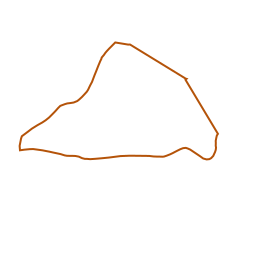 Grande Riviere/Morne Elwin, Gros Islet, Saint Lucia, rotated 30°
{"feature_id": "8701671B886545295565", "entity_name": "Grande Riviere/Morne Elwin", "entity_type": "district", "adm_level": 2, "iso_a3": "LCA", "parent_name": "Saint Lucia", "parent_adm1": "Gros Islet", "projection": "equal_earth", "projection_center": [-60.956, 14.029], "detail": "fine", "context": "isolated", "style": "outline", "palette": "amber", "viewbox_px": 256, "rotation_deg": 30, "n_neighbors": 0, "source": "geoboundaries", "source_scale": "gbopen_adm2", "svg_char_len": 1365}
<svg xmlns="http://www.w3.org/2000/svg" viewBox="0 0 256 256"><g transform="rotate(30 128 128)"><path d="M154.1,56.2L153.3,56.4L88.0,54.7L86.4,55.7L74.2,60.3L72.0,68.6L71.2,72.1L70.8,74.3L70.6,76.9L70.0,80.1L70.4,81.6L70.5,83.7L71.1,88.4L71.5,91.2L72.1,95.1L72.6,98.8L73.3,103.1L73.8,106.1L73.9,109.4L74.1,112.4L74.3,114.6L74.2,117.1L73.4,120.8L72.6,124.2L71.5,127.7L70.6,130.0L68.2,133.1L65.5,135.3L63.1,137.1L61.5,138.8L59.5,141.2L58.3,142.7L57.5,145.6L56.9,148.6L56.4,150.8L55.5,154.3L55.1,155.8L54.4,158.4L52.8,162.5L51.0,166.1L48.2,170.8L45.1,176.6L43.7,180.0L40.2,188.2L40.7,190.7L43.1,197.7L45.6,201.3L49.2,198.5L53.7,195.3L56.5,193.6L61.4,191.6L65.1,190.1L69.2,188.7L71.8,187.8L75.0,186.8L82.7,184.3L86.8,183.4L89.0,182.6L91.4,181.3L94.6,179.5L96.5,178.5L99.7,177.4L103.2,177.1L106.1,176.3L107.8,175.3L110.8,173.9L115.0,171.1L120.3,167.4L126.3,163.1L135.5,156.1L143.4,151.1L154.6,144.8L160.3,141.6L164.3,139.9L166.4,138.8L168.8,137.5L170.2,136.7L172.1,135.7L173.4,134.8L175.2,132.8L177.6,129.8L179.4,127.2L180.4,125.6L181.8,123.4L184.0,120.1L185.8,117.9L188.0,116.3L189.9,115.9L192.6,115.6L204.5,116.4L208.4,116.8L211.8,115.9L214.0,114.3L215.1,112.5L215.8,109.5L215.6,107.7L215.4,105.3L214.9,103.0L214.0,100.9L212.9,99.6L211.5,97.0L210.4,95.3L209.3,92.1L208.7,90.1L208.8,88.1L153.7,57.5L154.1,56.2Z" fill="none" stroke="#b45309" stroke-width="2"/></g></svg>